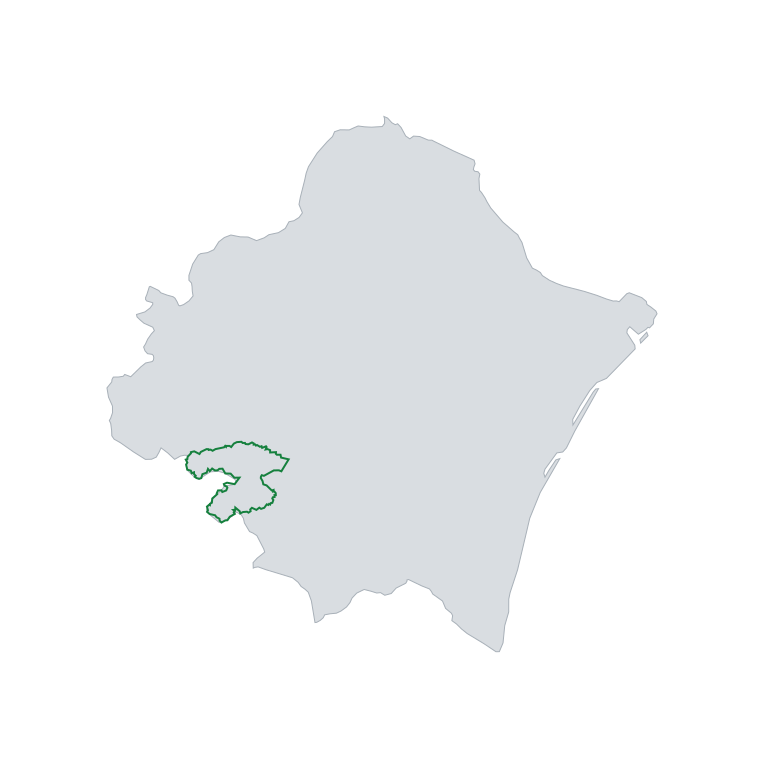 location of Bafing, Bafing, Ivory Coast, rotated 305°
{"feature_id": "98640826B37750272367318", "entity_name": "Bafing", "entity_type": "district", "adm_level": 2, "iso_a3": "CIV", "parent_name": "Ivory Coast", "parent_adm1": "Bafing", "projection": "albers", "projection_center": [-7.651, 8.455], "detail": "medium", "context": "in_parent", "style": "outline", "palette": "green", "viewbox_px": 768, "rotation_deg": 305, "n_neighbors": 0, "source": "geoboundaries", "source_scale": "gbopen_adm2", "svg_char_len": 5533}
<svg xmlns="http://www.w3.org/2000/svg" viewBox="0 0 768 768"><g transform="rotate(305 384 384)"><path d="M196.6,179.9L198.9,179.8L204.8,178.1L210.2,174.2L215.2,165.9L221.9,159.3L229.5,159.8L231.7,158.6L234.4,158.3L237.6,162.7L240.8,166.0L243.1,166.1L244.7,172.4L258.6,175.0L264.5,176.7L269.5,181.3L271.3,181.4L273.4,180.4L275.0,178.8L275.3,177.1L273.2,172.9L274.1,169.2L276.4,165.9L279.9,165.7L285.3,164.7L291.5,164.7L296.0,165.3L297.9,162.0L296.1,152.6L296.6,147.5L297.3,143.2L299.0,141.4L305.9,146.8L312.1,148.8L316.6,148.9L317.9,147.9L315.9,141.9L316.5,140.2L318.1,139.1L321.1,138.5L329.0,136.0L329.9,136.5L331.4,145.9L330.7,148.9L332.4,155.3L334.5,161.2L334.4,163.6L332.7,167.3L330.7,170.6L330.9,172.0L334.1,174.3L340.2,176.6L346.6,177.1L350.1,173.7L353.7,170.9L356.3,168.4L357.1,164.7L361.1,161.9L372.5,158.5L383.1,157.9L385.6,159.0L390.4,164.1L396.5,167.6L405.7,167.1L412.4,169.2L418.2,173.1L422.1,181.9L426.4,188.3L428.3,197.3L435.0,202.0L440.3,204.1L447.4,210.7L454.8,213.9L462.4,213.1L466.0,216.5L471.7,218.9L477.4,219.0L482.3,211.4L488.9,208.4L505.5,202.1L512.1,199.3L518.7,197.5L534.8,196.8L549.8,198.5L557.2,199.9L562.3,198.8L567.1,202.3L572.2,209.8L576.3,212.2L580.5,214.8L583.6,220.7L587.3,226.6L589.4,229.2L593.9,234.9L597.8,235.0L601.5,232.4L603.1,230.5L603.9,234.4L602.5,240.6L602.9,244.5L605.0,245.9L603.9,250.9L599.6,259.5L599.6,264.5L604.0,266.0L607.2,271.3L609.2,280.4L611.2,283.4L611.4,285.3L614.8,307.3L619.0,329.4L616.6,332.3L613.2,333.2L610.9,334.2L610.3,336.3L611.8,339.3L610.9,342.1L606.7,344.0L597.4,351.2L596.8,354.0L594.4,360.0L592.4,363.7L589.4,370.5L584.8,388.5L583.2,403.4L583.0,407.9L581.2,411.2L579.1,415.8L569.1,428.6L564.0,439.1L564.8,443.6L565.0,448.2L563.6,451.5L563.9,460.2L565.3,467.6L567.2,474.8L574.8,495.1L578.7,507.5L581.2,517.4L583.4,524.1L585.4,526.8L586.3,529.4L597.2,531.1L599.4,532.6L602.6,545.6L602.1,551.5L600.0,553.7L600.1,558.7L599.7,564.9L598.1,567.4L592.0,567.7L587.8,570.1L582.3,569.3L581.8,567.7L578.8,567.2L570.7,563.8L571.9,552.5L568.1,552.1L565.2,553.6L559.6,567.2L556.8,569.6L516.2,563.0L507.3,557.5L496.7,556.3L478.3,557.1L463.2,558.9L458.8,562.3L497.1,560.0L501.3,560.3L503.2,562.4L454.8,567.3L436.3,570.1L430.8,569.4L426.7,565.1L406.6,564.7L402.5,566.1L400.0,569.3L407.9,568.6L420.4,568.3L423.7,570.8L384.7,574.2L357.6,580.4L346.1,585.0L308.4,600.0L285.3,607.0L279.3,609.6L268.8,616.9L255.3,621.5L240.2,630.0L230.9,632.0L228.9,629.2L228.6,614.8L227.3,595.4L227.8,588.0L229.0,581.1L229.1,575.3L233.6,573.1L234.9,570.7L235.5,563.2L239.8,556.4L239.9,544.4L241.2,541.9L242.2,538.8L240.3,530.9L237.9,516.2L236.7,515.2L235.7,515.9L233.3,516.1L223.8,511.0L216.5,510.1L211.4,505.8L211.1,500.8L208.6,497.9L206.8,492.2L204.3,485.6L197.1,481.6L190.3,480.6L185.5,481.5L179.9,481.2L173.4,479.0L169.0,476.5L164.8,471.6L160.9,467.8L157.7,468.3L153.9,467.4L150.2,465.6L149.0,464.3L164.7,448.9L170.0,441.4L170.6,436.9L170.6,432.2L172.3,427.5L172.8,420.2L164.2,393.9L162.0,385.8L159.7,383.4L158.2,382.5L162.6,379.2L168.6,380.0L177.9,382.7L179.9,380.1L186.9,366.8L186.7,361.9L186.0,358.5L190.1,349.4L193.3,345.9L195.0,342.1L194.5,336.9L192.0,335.0L188.8,335.4L185.0,334.1L179.1,331.1L176.1,328.4L177.0,316.4L177.6,312.7L179.6,310.6L182.9,310.0L192.0,309.7L199.4,311.0L205.9,311.8L209.4,311.8L212.2,315.4L215.9,319.0L219.2,319.0L220.4,316.3L219.6,304.4L217.4,298.2L212.4,292.1L199.6,287.0L199.3,279.8L200.6,272.0L203.4,269.1L212.9,264.1L211.2,261.4L208.2,258.6L202.2,255.7L203.5,246.4L203.8,238.0L198.7,238.9L193.5,239.4L189.1,236.8L185.4,231.8L184.7,217.8L184.7,201.7L184.0,194.6L185.4,190.8L190.0,187.3L194.9,182.8L196.6,179.9ZM577.1,569.5L575.0,572.6L564.7,570.8L567.1,568.2L577.1,569.5Z" fill="#d9dde1" stroke="#a8b0b8" stroke-width="1"/><path d="M217.4,264.9L216.5,265.6L211.7,264.9L209.6,266.0L208.4,265.0L206.8,268.0L204.5,268.1L201.0,272.0L202.2,275.5L200.6,277.6L202.7,279.0L201.2,280.2L200.8,282.4L199.4,282.2L199.4,284.4L200.4,287.0L202.1,288.3L206.0,287.0L209.7,289.6L213.5,288.5L212.7,291.3L216.2,291.7L216.2,295.0L217.8,297.2L220.0,297.7L222.0,300.3L219.7,305.3L222.6,309.8L221.4,315.2L224.4,319.3L216.3,319.1L213.1,312.0L210.2,310.2L209.2,311.6L209.8,314.1L209.2,315.2L206.3,315.8L202.8,313.5L203.7,311.9L201.6,309.1L198.4,309.7L198.0,310.5L191.7,309.0L188.0,311.1L186.0,310.2L184.9,310.9L184.7,310.0L182.0,309.3L179.6,312.2L177.8,312.4L177.5,315.7L179.6,321.0L178.8,323.2L179.3,326.5L177.8,327.7L177.3,330.3L181.2,332.2L182.6,333.9L186.8,333.8L192.0,336.3L192.7,334.5L194.2,334.7L194.4,332.8L195.7,334.3L197.5,333.1L197.0,338.8L195.6,340.5L198.2,341.9L200.8,345.0L200.9,346.8L203.3,347.7L204.5,346.4L206.8,346.8L207.7,351.7L211.2,352.8L211.2,354.9L213.9,356.9L218.2,357.0L218.5,358.6L219.8,358.6L220.0,359.9L221.4,359.5L222.6,360.7L225.5,359.9L226.1,358.2L227.4,357.9L228.7,359.2L230.2,358.0L230.9,359.1L232.5,357.9L233.1,355.7L232.3,354.9L233.8,354.2L232.4,353.1L233.6,346.0L232.6,342.7L234.9,340.1L236.3,337.0L237.6,336.3L239.2,336.2L239.9,338.3L250.0,343.3L253.0,347.4L253.6,350.0L267.6,349.1L264.7,341.9L266.7,339.8L264.6,336.8L264.8,335.4L266.2,334.6L262.6,330.0L264.5,328.6L263.8,325.8L262.5,324.6L265.0,324.0L265.3,323.1L261.8,320.8L262.8,319.4L261.4,318.4L261.2,315.0L260.1,314.4L260.6,313.1L259.6,312.0L260.6,311.4L260.4,309.4L256.8,307.5L255.4,305.0L256.0,303.9L254.6,302.0L254.9,300.4L252.0,296.8L249.1,295.2L244.7,295.0L244.7,293.0L242.9,290.5L241.9,290.7L242.2,289.4L240.4,289.3L234.0,283.3L231.0,281.9L230.8,279.6L229.4,278.2L229.9,277.6L228.9,276.0L223.3,272.9L220.8,273.0L220.0,267.2L217.4,264.9Z" fill="none" stroke="#15803d" stroke-width="2"/></g></svg>